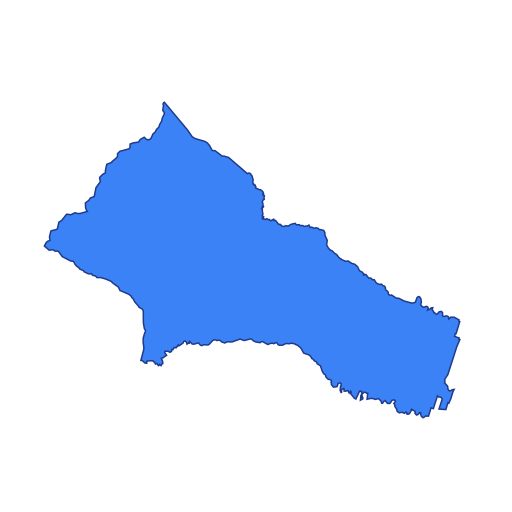 Chicligasta, Tucumán, Argentina, rotated 6°
{"feature_id": "61730980B55497812442102", "entity_name": "Chicligasta", "entity_type": "district", "adm_level": 2, "iso_a3": "ARG", "parent_name": "Argentina", "parent_adm1": "Tucumán", "projection": "natural_earth1", "projection_center": [-65.69, -27.245], "detail": "fine", "context": "isolated", "style": "filled", "palette": "blue", "viewbox_px": 512, "rotation_deg": 6, "n_neighbors": 0, "source": "geoboundaries", "source_scale": "gbopen_adm2", "svg_char_len": 6117}
<svg xmlns="http://www.w3.org/2000/svg" viewBox="0 0 512 512"><g transform="rotate(6 256 256)"><path d="M44.5,268.2L49.6,271.8L53.7,271.0L55.6,272.2L57.7,271.9L59.2,272.2L63.4,276.9L72.1,280.3L75.1,280.5L77.0,283.3L79.0,285.1L80.9,286.0L82.1,287.4L85.9,288.6L86.8,289.7L91.1,291.2L92.8,291.2L94.1,290.7L95.5,292.3L98.6,292.7L100.1,294.1L104.0,293.7L109.3,294.7L115.0,296.5L115.8,297.5L122.4,301.3L124.3,304.5L133.3,307.3L135.6,308.6L136.8,310.3L138.3,311.3L140.2,314.3L144.5,318.3L144.9,319.1L148.5,320.8L149.6,322.2L151.0,334.4L152.6,340.0L153.8,341.5L153.9,342.9L153.3,344.4L152.4,349.4L152.8,353.8L154.1,359.0L154.1,361.0L152.4,371.9L153.7,371.8L156.8,374.1L158.6,374.0L158.3,372.2L158.7,371.8L164.5,370.9L165.2,371.9L166.2,372.1L167.3,374.0L168.6,373.2L170.4,375.3L171.0,374.9L171.3,373.9L173.0,375.0L173.7,373.3L174.6,372.7L174.0,370.1L172.5,367.6L174.3,366.8L177.5,364.1L175.3,361.6L175.5,360.1L178.8,360.0L180.4,360.8L181.2,360.0L181.9,359.9L182.1,357.8L183.2,357.8L184.0,355.7L186.2,355.6L186.4,354.7L187.2,354.3L187.6,352.9L188.1,352.7L188.3,353.4L188.8,353.4L192.5,350.3L193.0,348.7L193.9,348.0L194.6,348.0L195.9,349.1L196.6,350.9L197.5,349.9L198.7,349.7L198.5,348.5L198.8,347.8L201.7,350.2L203.4,350.2L207.9,348.4L209.9,350.4L211.5,350.8L213.3,349.7L217.6,349.5L218.7,348.7L221.6,344.8L222.7,343.9L224.4,343.6L225.9,344.2L227.5,343.6L229.2,343.8L230.8,345.0L234.0,345.8L236.4,344.3L241.1,344.0L248.8,340.3L253.1,341.3L259.3,339.0L260.4,339.2L262.0,340.5L264.6,341.5L269.1,341.8L270.1,340.8L271.4,340.4L277.0,342.8L279.8,341.3L281.9,341.0L282.7,341.4L285.2,340.0L285.9,340.2L287.3,341.9L288.5,342.3L291.8,341.9L294.9,339.9L298.3,339.8L300.2,339.0L304.0,339.4L305.0,340.1L306.5,340.3L310.1,342.7L313.6,347.6L319.2,348.9L321.4,350.7L322.1,352.1L323.4,352.5L325.0,354.2L327.4,355.1L328.0,356.7L331.5,358.4L334.0,363.8L335.6,366.0L337.6,367.1L338.3,369.2L340.7,371.1L342.2,371.1L343.9,371.9L344.2,372.9L343.8,373.8L344.3,374.6L344.4,376.0L346.7,378.3L350.2,377.5L351.1,374.2L352.1,373.4L353.8,373.9L354.4,376.1L353.7,376.6L353.7,380.8L354.8,382.8L355.3,382.7L355.1,379.7L357.0,378.7L357.5,379.1L357.7,381.1L359.2,381.1L361.5,380.2L363.0,382.6L364.3,380.6L364.9,381.4L364.7,383.2L368.8,387.2L370.3,387.8L373.1,379.6L375.3,379.6L375.1,380.6L375.8,381.9L374.9,383.7L374.9,388.5L377.1,387.0L377.1,386.0L376.6,385.7L376.9,385.6L376.0,383.8L376.0,382.0L377.8,380.2L379.1,380.1L380.1,380.9L381.5,380.8L381.4,386.9L385.1,385.6L387.8,385.6L389.5,386.2L392.7,385.0L395.3,387.0L396.5,389.4L397.2,389.2L398.6,386.9L399.5,386.3L402.2,388.9L404.6,388.6L406.5,385.1L408.8,384.7L409.5,385.2L409.8,386.1L408.5,388.3L409.5,389.2L409.8,391.0L411.9,393.7L412.6,395.7L414.8,397.0L417.7,396.1L419.9,397.0L421.5,395.5L422.2,396.6L423.1,396.7L423.0,397.5L424.5,397.2L425.2,396.5L426.5,393.5L427.3,392.9L426.0,391.8L430.3,393.8L430.8,394.9L430.4,395.6L432.2,397.4L433.7,396.7L435.1,394.5L436.2,394.8L436.0,395.7L437.2,398.1L438.7,399.3L439.5,399.2L441.3,397.5L444.3,397.2L446.0,388.7L448.3,389.3L451.1,376.1L452.3,377.1L454.3,377.1L455.2,377.6L456.1,379.1L454.0,389.1L460.9,388.9L462.2,381.8L463.2,382.2L464.7,377.4L466.2,369.8L467.0,368.0L465.2,368.4L463.3,369.9L462.0,369.7L460.9,368.5L460.1,365.3L456.9,362.6L457.1,361.6L456.6,358.8L459.2,353.9L465.2,325.1L467.5,317.8L466.4,317.5L466.6,316.3L461.9,315.2L462.4,312.3L463.1,312.3L465.5,299.9L464.5,299.5L464.6,298.3L459.5,296.2L456.1,296.4L454.4,298.5L453.9,296.7L453.2,296.0L451.6,295.6L449.2,296.5L447.9,296.2L447.4,292.7L446.0,291.7L443.8,292.5L442.5,294.6L441.4,295.1L439.4,293.7L438.9,293.8L437.9,292.0L436.8,291.2L437.2,288.9L435.7,289.3L434.6,290.6L432.4,291.8L432.9,290.2L431.8,288.4L430.3,288.3L428.2,289.6L425.7,288.3L424.9,287.2L425.3,284.6L424.4,281.2L422.7,279.3L421.6,279.5L420.5,280.5L419.3,285.4L416.3,286.6L408.2,285.3L402.3,283.1L399.8,283.2L394.9,280.6L394.0,281.1L392.1,280.5L391.4,279.4L391.2,278.0L388.4,275.9L387.9,273.7L387.0,272.5L385.4,272.3L383.8,270.9L381.6,271.3L379.9,270.9L378.1,269.9L376.1,267.2L374.3,267.5L372.7,266.0L370.3,266.1L367.2,262.9L365.3,263.6L365.6,262.8L364.8,262.5L363.6,261.1L360.4,259.8L358.1,256.0L355.2,253.9L351.9,253.3L348.1,251.3L345.8,251.9L341.8,250.7L338.5,248.8L336.1,246.1L334.0,245.2L331.2,242.9L329.0,242.2L327.1,240.5L325.1,237.7L325.2,232.9L322.4,228.1L322.0,225.4L320.7,223.5L317.8,223.0L316.2,223.2L315.2,222.1L312.9,221.6L310.8,222.3L308.5,221.5L306.9,222.0L305.4,219.7L303.8,220.8L300.7,221.5L299.2,220.8L296.6,221.1L295.8,220.3L293.0,220.8L291.5,219.4L287.8,220.7L284.8,222.9L282.6,222.7L280.4,223.8L278.3,223.4L277.2,222.1L275.0,222.0L272.1,218.9L271.0,218.4L270.0,218.8L269.7,217.6L266.8,219.5L265.4,218.2L264.1,218.5L262.8,217.8L261.3,218.7L260.1,218.2L259.1,218.6L258.2,217.6L259.1,217.1L259.6,216.3L258.0,215.3L258.5,213.7L257.5,210.1L257.5,208.8L256.5,208.0L257.3,207.3L257.2,206.4L257.9,206.8L258.4,206.1L257.6,205.0L257.4,203.1L256.6,201.7L257.2,199.5L258.3,198.8L257.8,197.1L258.1,195.4L257.7,194.8L256.5,194.8L256.3,193.9L257.0,193.3L256.4,191.7L255.1,190.5L253.6,189.6L252.9,189.8L248.6,188.4L248.6,187.2L247.6,185.5L246.9,185.8L246.4,184.8L245.8,184.8L245.1,182.7L245.2,180.5L243.5,176.5L242.8,176.2L242.2,174.9L241.0,174.3L239.8,174.3L238.8,175.0L218.5,160.9L213.8,160.0L211.7,160.1L204.2,155.5L201.5,155.7L198.1,150.8L195.7,148.6L193.3,147.4L182.9,145.5L180.0,144.0L174.8,137.9L148.8,112.7L148.2,113.1L147.6,114.6L148.2,115.6L148.1,120.4L148.1,121.0L149.8,122.9L150.0,124.4L148.4,128.4L148.0,131.9L146.5,135.1L145.9,138.0L143.8,140.5L142.7,143.4L140.8,145.3L139.4,149.6L138.5,150.9L136.8,151.7L134.6,151.4L132.6,149.6L131.9,149.9L128.8,152.1L127.2,155.0L121.8,156.4L119.0,157.9L119.4,160.6L119.1,162.0L118.4,162.7L109.7,166.1L107.6,168.6L107.9,171.5L106.3,173.7L102.9,177.2L102.7,178.0L98.0,180.4L97.3,186.5L97.5,189.1L95.1,190.7L92.4,194.0L92.3,195.0L93.5,198.2L89.7,204.8L88.9,213.8L85.2,215.6L83.9,218.1L80.8,221.1L81.5,226.0L82.7,228.3L83.6,229.3L76.6,232.1L74.4,232.4L71.4,231.9L67.6,234.3L63.5,234.2L62.9,234.8L59.0,241.0L56.4,243.0L55.6,249.8L54.3,250.7L49.7,252.3L49.3,253.1L48.6,258.7L49.5,262.1L47.1,263.2L45.9,264.7L44.5,268.2Z" fill="#3b82f6" stroke="#1e3a8a" stroke-width="1.5"/></g></svg>